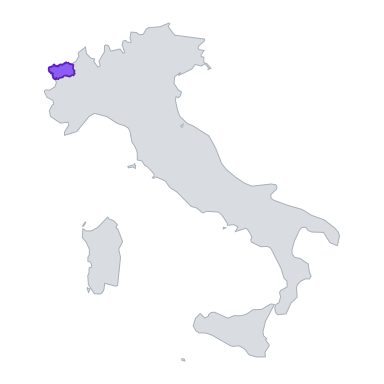 Valle d'Aosta, Aoste, Italy shown in context
{"feature_id": "23120603B46910528128522", "entity_name": "Valle d'Aosta", "entity_type": "district", "adm_level": 2, "iso_a3": "ITA", "parent_name": "Italy", "parent_adm1": "Aoste", "projection": "orthographic", "projection_center": [7.355, 45.727], "detail": "fine", "context": "in_parent", "style": "filled", "palette": "violet", "viewbox_px": 384, "rotation_deg": 0, "n_neighbors": 0, "source": "geoboundaries", "source_scale": "gbopen_adm2", "svg_char_len": 7225}
<svg xmlns="http://www.w3.org/2000/svg" viewBox="0 0 384 384"><path d="M53.7,64.3L56.2,65.8L65.5,62.6L71.2,64.4L75.9,61.3L78.9,56.5L78.2,52.9L85.5,47.0L86.4,53.6L90.7,58.0L94.7,59.0L93.8,61.7L98.0,67.1L99.6,66.5L100.1,65.5L99.0,61.0L104.4,51.9L104.5,45.7L105.5,45.0L108.3,45.4L110.7,51.1L120.0,49.0L123.3,53.3L124.8,52.4L122.1,45.0L123.0,41.1L125.5,40.3L127.3,42.1L130.9,42.4L130.9,40.2L130.0,38.7L131.0,32.1L136.3,32.5L139.5,34.7L143.2,34.5L146.1,29.1L148.5,27.7L160.4,26.7L169.0,23.0L169.8,23.7L168.3,26.3L169.0,27.9L174.7,35.2L204.6,39.1L204.3,41.0L198.4,46.2L198.0,48.1L199.1,49.7L204.0,50.4L201.0,55.2L201.2,56.9L203.8,57.0L203.8,62.5L207.1,63.9L211.0,68.4L207.5,69.6L208.9,68.2L204.9,63.8L201.4,66.0L195.3,64.5L191.6,69.2L178.3,75.6L180.5,73.0L179.5,73.0L174.7,76.6L174.0,83.4L178.2,89.8L181.4,91.9L180.3,96.0L178.5,97.7L176.0,96.7L175.5,100.4L177.4,109.9L180.0,116.5L187.4,123.6L192.6,125.6L209.0,136.0L215.7,148.3L221.8,164.0L226.5,169.6L235.8,177.4L244.2,183.0L251.9,186.2L271.1,184.0L276.1,184.9L277.0,187.5L276.3,189.4L270.9,194.5L271.0,198.1L274.0,200.3L287.8,205.4L301.9,209.4L311.8,215.4L324.3,219.9L334.6,227.9L338.4,232.3L339.5,236.0L338.1,242.8L337.2,245.7L330.1,242.8L323.5,232.4L311.7,232.0L308.1,230.5L305.8,227.3L302.1,227.4L299.7,229.6L294.5,240.8L291.9,250.2L292.1,253.9L294.4,257.2L300.2,258.5L308.2,264.0L309.3,271.9L311.1,276.2L309.4,279.0L305.6,278.8L300.9,281.0L297.7,284.3L296.5,287.3L297.1,297.2L290.9,303.2L286.1,313.8L277.6,314.8L275.3,311.9L274.8,307.4L276.0,304.4L279.0,302.7L280.6,296.7L279.5,292.5L280.6,290.5L287.2,286.9L286.9,280.9L284.1,278.5L280.9,268.1L270.7,248.2L267.8,246.5L260.5,246.7L251.4,242.0L250.7,239.7L251.9,237.4L250.7,234.5L247.6,229.5L245.7,228.4L235.3,231.6L237.9,227.1L234.0,224.7L227.4,225.3L227.4,223.4L222.1,215.3L218.7,212.1L206.7,211.3L202.9,213.0L196.6,208.0L191.2,206.4L176.7,191.8L169.9,187.6L165.4,181.1L156.9,177.1L153.2,178.3L152.3,177.5L154.2,176.1L153.7,173.5L147.8,167.1L144.5,165.1L142.0,160.9L137.3,160.0L137.2,152.3L135.2,146.9L132.0,142.3L129.9,131.2L128.4,128.2L125.0,125.9L117.4,123.5L106.8,116.6L94.5,113.4L89.5,116.0L76.7,131.6L64.6,135.3L64.4,132.1L69.0,124.9L68.0,122.2L60.5,123.1L50.6,116.6L49.3,110.8L52.1,105.3L53.8,104.0L52.9,100.4L47.0,97.3L44.6,92.4L44.5,90.8L46.0,89.9L49.4,90.2L54.9,86.8L56.5,82.2L48.4,70.3L48.7,67.9L53.7,64.3ZM182.7,127.0L183.0,124.0L180.6,126.0L181.4,127.3L182.7,127.0ZM274.4,304.4L265.5,321.1L262.9,332.0L263.7,336.0L266.8,338.6L265.5,339.9L269.1,344.6L269.1,345.9L265.0,352.0L265.3,356.9L256.4,357.0L249.0,354.8L245.1,349.5L242.1,347.4L238.9,345.8L232.8,346.4L230.0,345.5L212.8,335.6L206.3,333.1L198.9,332.8L195.8,330.6L193.1,325.8L195.6,318.1L200.2,313.5L204.8,318.0L208.5,316.2L208.6,314.6L211.1,312.5L214.5,312.2L227.7,318.1L234.3,315.6L240.5,315.8L246.0,314.4L253.0,309.8L261.5,309.4L270.8,304.0L274.4,304.4ZM117.9,229.2L122.6,241.6L118.7,249.2L120.5,257.4L117.6,285.3L115.7,286.2L104.7,283.3L103.9,289.7L102.5,292.3L100.4,294.0L94.4,293.7L88.4,284.6L87.8,275.6L89.0,273.0L89.1,267.8L91.3,267.4L91.5,263.9L90.1,262.0L87.9,261.4L87.9,257.4L89.4,254.4L89.3,249.1L86.3,242.3L82.2,237.4L82.9,228.8L86.4,231.0L91.6,230.8L97.8,227.4L107.6,217.1L109.0,218.9L113.3,220.5L117.4,224.7L115.9,227.6L117.9,229.2ZM134.6,163.7L135.6,165.7L135.3,168.5L133.3,167.0L128.4,167.8L127.8,166.4L133.8,164.9L134.6,163.7ZM90.0,289.1L88.6,292.4L87.0,288.1L87.2,287.6L90.0,289.1ZM85.8,222.6L83.6,226.2L82.5,226.1L85.2,222.0L85.8,222.6ZM184.9,361.0L182.0,360.4L181.8,358.8L184.1,358.9L184.9,361.0ZM225.6,227.8L223.3,229.0L223.3,227.3L225.6,227.8Z" fill="#d9dde1" stroke="#a8b0b8" stroke-width="1"/><path d="M73.0,64.6L72.9,64.5L72.8,64.4L72.4,64.4L72.2,64.3L72.0,64.2L71.8,64.4L71.7,64.4L71.6,64.5L71.4,64.5L71.3,64.3L71.2,64.2L70.8,63.9L70.3,63.8L70.2,64.1L70.0,64.3L69.7,64.4L69.5,64.2L69.4,64.0L69.4,63.9L69.4,63.7L69.5,63.5L69.3,63.4L69.1,63.3L68.9,63.3L68.7,63.2L68.6,62.9L68.5,62.7L68.3,62.6L68.2,62.7L67.8,62.8L67.4,62.8L67.2,62.9L66.7,62.8L66.5,62.7L66.4,62.3L66.1,62.3L65.8,62.3L65.7,62.4L65.6,62.6L65.7,63.1L65.6,63.3L65.4,63.3L65.2,63.2L64.9,63.2L64.6,63.1L64.6,63.3L64.2,63.4L64.0,63.6L64.1,63.8L64.1,64.0L63.7,64.0L63.4,64.1L63.1,64.5L62.6,64.9L62.4,64.8L62.3,65.0L62.2,65.1L61.8,65.1L61.6,65.0L61.4,64.9L61.2,64.8L61.1,64.6L60.8,64.8L60.6,64.8L60.4,64.6L60.1,64.6L60.0,64.4L59.9,64.5L59.7,64.6L59.6,65.1L59.4,65.2L59.1,65.5L59.0,65.4L58.9,65.4L58.7,65.5L58.5,65.4L58.4,65.5L58.2,65.5L58.0,65.8L57.9,65.8L57.8,66.0L57.7,66.1L57.7,66.3L57.8,66.4L57.7,66.4L57.6,66.5L57.4,66.5L57.3,66.3L57.2,66.4L56.9,66.1L57.0,66.0L57.0,65.9L56.8,65.8L56.4,65.9L56.4,66.0L56.2,66.2L56.0,66.3L55.9,66.5L55.7,66.5L55.4,66.4L55.5,66.3L55.4,66.1L55.4,65.9L55.2,65.7L55.0,65.3L54.9,65.3L54.7,65.1L54.7,64.8L54.6,64.7L54.4,64.6L54.2,64.4L53.6,64.6L53.5,64.9L53.5,65.0L53.3,65.2L53.3,65.4L53.4,65.6L53.2,65.8L53.2,66.0L52.7,66.2L52.2,66.4L52.0,66.7L51.9,66.7L51.9,66.8L51.6,66.9L51.4,66.8L51.2,67.1L50.8,67.0L50.5,66.8L50.3,66.9L50.3,67.0L50.2,67.1L50.1,67.3L49.6,67.0L49.4,67.1L49.2,67.1L49.0,67.4L48.9,67.6L48.7,67.9L48.9,68.0L48.9,68.5L48.7,68.7L48.6,69.0L48.8,69.4L48.7,69.4L48.7,69.5L48.8,69.7L48.7,69.8L48.8,70.0L48.7,70.1L48.8,70.2L48.9,70.3L49.0,70.4L48.9,70.7L48.8,70.8L49.1,71.1L49.2,71.4L49.2,71.6L49.3,71.6L49.6,71.7L49.7,72.0L49.9,72.2L50.1,72.2L50.2,72.3L50.4,72.4L50.5,72.3L50.7,72.5L50.9,72.3L51.0,72.3L51.0,72.5L51.0,72.8L51.3,73.0L51.2,73.1L51.3,73.2L51.2,73.3L51.6,73.4L52.2,73.2L52.3,73.2L52.5,73.2L52.5,73.4L52.9,73.5L53.0,73.7L53.2,73.8L53.1,74.0L52.8,74.2L52.8,74.4L52.8,74.5L52.7,75.1L52.7,75.4L52.7,75.5L53.1,75.8L53.1,76.0L52.9,76.2L53.0,76.3L52.9,76.4L53.1,76.8L53.0,77.0L52.9,77.3L53.0,77.4L53.2,77.6L53.3,77.7L53.2,77.9L53.2,78.1L53.4,78.3L53.6,78.4L54.0,78.4L54.3,78.4L54.4,78.5L54.2,78.9L54.2,79.1L54.3,79.2L54.5,79.2L54.8,79.2L55.1,79.2L55.2,79.3L55.5,79.3L55.8,79.1L55.8,78.7L55.9,78.4L56.0,78.4L56.0,78.1L56.1,77.9L56.3,77.8L56.5,78.0L56.4,78.2L56.5,78.4L56.3,78.6L56.5,79.0L56.7,78.8L56.8,78.7L57.1,78.9L57.4,78.9L57.8,78.9L57.9,79.1L58.0,79.2L58.1,79.3L58.3,79.3L58.5,79.1L58.6,78.8L58.9,78.5L59.1,78.4L59.3,78.2L59.3,77.9L59.7,77.9L59.9,77.8L60.1,77.7L60.6,77.8L60.7,77.7L60.9,77.6L61.2,77.6L61.4,77.5L61.6,77.5L61.9,77.7L62.0,77.7L62.3,77.4L62.3,77.2L62.7,77.1L62.8,77.1L62.7,76.8L62.8,76.8L63.0,76.8L63.1,76.6L63.5,76.5L63.5,76.3L63.7,76.1L63.8,75.9L64.2,75.7L64.4,75.6L64.7,75.6L65.2,75.8L65.4,75.8L65.6,75.6L65.8,75.4L66.2,75.3L66.4,75.4L66.4,75.5L66.5,75.5L67.0,75.7L67.1,75.9L67.1,76.2L67.4,76.2L67.5,76.1L67.8,76.0L68.0,76.0L68.3,76.2L68.7,76.6L68.8,76.6L69.0,76.4L69.3,76.4L69.4,76.5L69.7,76.3L69.8,76.4L69.9,76.5L70.0,76.6L70.3,76.4L70.6,76.1L70.9,76.0L71.3,75.8L71.5,75.6L71.5,75.4L71.8,75.3L71.9,75.2L72.2,75.1L72.5,75.1L72.7,74.9L73.0,75.1L73.4,75.0L73.7,75.1L73.8,75.3L73.9,75.2L73.8,74.9L73.8,74.7L74.0,74.2L74.2,73.9L74.5,73.8L74.8,73.7L74.6,73.4L74.5,73.2L74.3,73.0L74.4,72.8L74.1,72.6L74.1,72.3L74.0,72.2L74.0,71.9L74.1,71.7L74.3,71.7L74.5,71.2L74.7,70.9L74.6,70.7L74.5,70.4L74.4,70.3L74.2,70.2L73.9,70.1L73.7,69.9L73.5,69.7L73.4,69.5L73.4,69.3L73.2,69.1L73.0,68.7L73.1,68.3L73.0,68.2L73.0,67.9L73.0,67.7L73.2,67.4L73.0,67.1L73.1,66.8L73.2,66.6L73.3,66.4L73.1,66.2L73.1,65.9L73.0,65.5L73.0,65.2L73.1,64.9L72.9,64.8L72.9,64.6L73.0,64.6Z" fill="#8b5cf6" stroke="#5b21b6" stroke-width="1.5"/></svg>